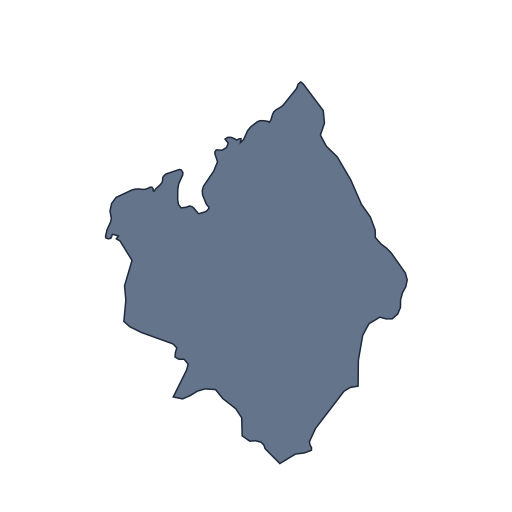 outline of Opole, rotated 116°
{"feature_id": "POL-3167", "entity_name": "Opole", "entity_type": "Voivodeship", "adm_level": 1, "iso_a3": "POL", "parent_name": "Poland", "parent_adm1": "", "projection": "robinson", "projection_center": [17.773, 50.56], "detail": "fine", "context": "isolated", "style": "filled", "palette": "slate", "viewbox_px": 512, "rotation_deg": 116, "n_neighbors": 0, "source": "natural_earth", "source_scale": "10m", "svg_char_len": 2193}
<svg xmlns="http://www.w3.org/2000/svg" viewBox="0 0 512 512"><g transform="rotate(116 256 256)"><path d="M82.9,293.5L79.9,292.0L80.7,288.9L95.8,259.3L106.6,252.7L119.1,251.1L126.5,240.9L131.3,226.4L146.2,204.0L163.4,183.8L170.8,170.3L180.5,160.2L187.1,156.8L190.4,148.9L191.7,142.2L193.9,135.9L205.9,114.2L211.2,109.6L217.9,107.9L224.9,108.2L232.1,106.8L238.9,103.6L246.0,103.2L252.8,106.0L255.5,111.6L256.7,117.9L267.4,124.8L280.5,125.3L304.8,118.3L328.2,107.2L332.9,113.7L338.9,117.6L384.8,126.9L399.4,126.6L402.0,124.8L403.9,122.1L406.3,121.0L411.9,126.3L416.7,133.7L432.1,143.6L425.2,163.4L422.6,165.9L421.1,169.8L422.4,175.7L425.2,180.5L423.7,189.6L407.7,197.9L402.2,207.1L398.7,223.3L393.8,233.8L397.8,243.6L403.3,249.6L410.0,253.7L416.6,259.3L419.0,268.6L389.1,268.4L383.0,269.5L380.3,275.4L382.6,279.9L382.3,284.5L377.7,286.2L373.3,286.9L371.4,292.2L375.0,325.3L374.9,338.5L372.7,346.1L352.8,353.6L340.4,361.1L314.3,365.5L302.1,384.8L301.8,389.1L298.3,388.4L299.3,394.3L300.3,394.6L302.0,394.2L303.8,394.3L305.2,396.1L305.6,398.6L304.5,399.8L297.8,401.4L289.5,401.6L285.8,402.4L279.7,406.9L272.1,408.8L264.6,407.4L251.2,396.6L248.9,394.0L247.2,390.9L246.1,387.7L244.7,384.9L242.4,382.7L240.4,381.1L239.8,379.6L240.5,378.2L242.4,376.9L242.5,376.7L242.5,376.3L242.4,376.0L239.5,375.5L233.9,373.3L231.1,372.7L228.9,373.1L227.2,373.9L225.1,374.2L221.9,373.0L211.8,362.8L211.4,361.0L212.9,358.4L215.2,357.4L225.2,357.1L230.7,355.4L239.5,351.2L243.7,348.3L245.6,344.4L242.4,339.6L240.2,337.8L239.7,335.2L240.2,332.9L242.4,328.0L242.9,327.2L243.0,326.5L242.9,325.8L242.4,325.2L238.6,321.1L237.4,320.2L233.9,319.2L232.6,319.9L232.1,321.6L230.9,323.7L224.8,330.5L221.2,332.8L216.5,333.8L198.0,331.2L188.2,331.9L182.1,337.8L181.0,338.4L179.9,338.6L178.8,338.4L177.8,337.8L175.9,333.0L171.4,330.1L166.8,330.4L164.5,335.1L161.8,333.5L160.4,330.8L160.0,327.5L160.2,324.2L159.3,323.5L158.4,322.8L157.7,321.9L157.1,320.9L160.9,319.7L156.7,318.2L147.0,318.5L142.1,317.3L134.8,313.7L132.8,311.9L131.6,309.7L130.3,306.3L129.6,303.5L130.1,302.8L127.7,302.2L121.4,303.2L118.5,303.2L115.9,302.1L111.1,298.9L108.8,297.8L87.7,293.0L82.9,293.5Z" fill="#64748b" stroke="#1e293b" stroke-width="1.5"/></g></svg>